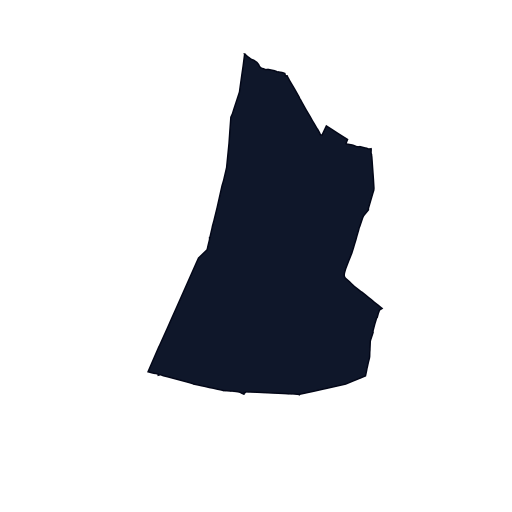 the district of Buftea, Ilfov, Romania, rotated 320°
{"feature_id": "2599482B99288880731424", "entity_name": "Buftea", "entity_type": "district", "adm_level": 2, "iso_a3": "ROU", "parent_name": "Romania", "parent_adm1": "Ilfov", "projection": "robinson", "projection_center": [25.955, 44.56], "detail": "fine", "context": "isolated", "style": "filled", "palette": "ink", "viewbox_px": 512, "rotation_deg": 320, "n_neighbors": 0, "source": "geoboundaries", "source_scale": "gbopen_adm2", "svg_char_len": 4092}
<svg xmlns="http://www.w3.org/2000/svg" viewBox="0 0 512 512"><g transform="rotate(320 256 256)"><path d="M200.0,390.2L200.5,389.9L201.0,390.2L202.0,390.7L204.4,392.0L205.9,392.8L206.7,393.2L211.0,395.5L214.8,397.5L223.0,401.7L223.1,401.8L242.3,411.7L250.9,414.4L252.4,414.9L262.8,418.2L265.1,416.4L266.9,415.0L268.8,413.4L269.5,412.9L269.8,412.7L271.6,411.3L274.2,409.3L275.2,408.6L277.4,407.0L278.6,405.9L280.0,404.3L281.4,402.7L283.0,401.1L283.4,400.6L288.8,394.7L290.7,393.4L290.8,393.4L296.6,389.8L297.3,388.7L302.8,384.8L303.2,384.5L306.9,382.1L308.3,381.1L309.3,381.0L313.2,378.3L314.0,377.9L315.5,377.0L315.8,376.8L317.4,377.0L318.6,377.2L318.9,377.2L318.6,376.0L318.1,373.1L316.8,367.1L316.5,365.0L316.3,363.9L316.3,363.7L315.5,360.1L315.2,358.4L314.0,352.1L313.4,350.4L313.2,349.2L312.1,344.1L311.7,342.3L311.2,337.9L311.1,336.2L310.2,330.3L310.4,329.1L310.7,328.1L311.6,327.0L312.8,325.9L314.4,324.8L316.5,323.4L323.7,319.4L325.4,318.5L325.8,318.3L327.1,317.6L331.2,315.4L334.0,313.6L335.9,312.4L338.1,310.9L340.1,309.6L342.9,307.8L346.6,305.2L347.1,304.9L347.7,304.5L348.4,304.0L350.7,302.5L352.9,300.9L353.5,300.5L354.7,299.9L362.4,295.2L364.4,294.3L371.8,292.9L372.8,291.7L381.5,285.9L386.3,282.7L388.5,281.3L389.9,279.9L395.4,272.5L408.5,254.4L408.8,253.8L409.7,252.6L410.0,251.7L410.7,250.6L412.1,249.1L412.8,248.3L413.1,247.8L412.7,247.6L412.1,247.2L411.5,246.7L410.7,246.1L410.2,244.8L409.6,244.0L408.9,243.2L408.5,242.6L407.0,240.5L406.0,239.1L405.6,238.8L404.5,238.1L403.2,236.7L402.7,235.6L402.0,234.3L401.8,233.9L401.7,233.8L401.4,233.3L400.9,232.6L398.8,230.1L398.3,229.5L397.2,228.4L397.3,227.6L401.0,225.6L397.5,214.6L395.7,208.6L393.5,201.6L384.2,205.9L383.5,204.9L383.3,204.5L384.0,201.9L384.7,198.3L384.6,197.8L385.6,192.2L386.1,188.8L387.0,184.3L388.1,177.6L388.2,176.8L389.9,167.9L390.6,164.6L390.6,163.5L390.8,162.9L391.1,162.4L392.9,152.8L394.5,143.0L395.1,140.4L395.2,139.4L395.7,138.2L395.6,137.8L394.8,137.4L394.3,136.9L395.4,134.7L394.5,133.1L393.9,132.2L393.6,131.8L392.5,130.6L391.6,129.5L391.3,129.1L390.4,128.7L390.3,127.8L390.1,127.4L389.1,125.7L388.2,124.6L385.2,120.8L385.1,120.7L384.7,120.5L384.1,120.1L382.9,119.1L382.5,118.3L382.3,117.6L381.4,116.5L380.8,115.4L380.6,114.4L380.5,113.1L380.9,111.4L381.0,111.3L381.1,109.9L381.1,108.5L381.1,108.1L380.9,107.5L380.1,104.5L378.9,102.5L378.8,102.2L378.7,101.8L378.4,100.7L378.2,99.6L377.9,98.6L377.6,97.1L377.5,96.6L377.4,96.2L377.4,95.8L377.4,94.3L377.3,94.2L377.0,93.8L376.8,94.2L376.8,94.3L376.6,94.5L375.5,95.5L372.9,97.9L369.0,101.5L367.8,102.6L362.3,107.5L356.1,113.1L355.1,114.0L354.1,114.9L348.7,119.8L333.1,129.5L329.4,131.9L326.0,133.5L315.9,143.9L307.8,152.3L290.3,169.4L279.9,177.2L278.1,178.4L275.2,180.3L257.4,193.9L247.7,201.0L246.4,202.0L246.2,202.1L242.0,205.0L239.5,207.0L238.4,207.8L232.6,212.2L232.3,212.0L231.3,213.2L230.5,213.9L228.3,215.5L224.9,218.0L224.2,218.6L222.5,219.8L221.3,219.9L210.9,220.6L210.7,220.6L205.5,223.1L204.1,223.8L179.4,235.9L170.0,240.5L160.6,245.1L151.1,249.7L141.8,254.3L128.5,260.7L124.6,262.6L123.8,262.9L123.5,263.0L119.3,265.1L117.7,265.9L98.9,275.3L101.4,278.9L102.8,280.7L103.9,281.8L104.5,282.7L104.8,283.2L105.2,283.7L104.5,284.5L106.6,285.5L108.0,288.1L110.5,291.5L121.8,307.6L122.0,307.9L123.6,310.2L125.3,312.8L125.7,313.5L125.8,313.7L125.8,313.9L125.9,314.0L126.0,314.2L126.2,314.4L127.8,316.4L129.3,318.3L130.8,320.3L132.9,322.9L134.8,325.5L135.9,327.0L138.2,329.7L140.7,333.1L142.8,335.7L144.0,337.3L144.4,338.0L144.5,338.2L147.1,340.5L149.3,342.7L149.7,343.2L149.9,343.3L150.3,343.6L150.6,343.9L151.0,344.3L151.5,344.6L151.9,345.1L152.0,345.4L152.6,345.9L154.1,347.5L154.3,347.8L154.8,348.2L155.7,349.5L156.2,350.1L156.8,351.8L157.1,352.4L157.5,353.2L157.7,353.8L158.1,354.1L159.1,353.1L159.3,353.6L159.5,353.7L160.4,353.6L161.0,353.7L164.3,356.6L170.6,362.3L173.9,365.4L177.3,368.5L180.6,371.6L184.9,375.5L189.0,379.3L190.5,380.7L192.2,382.4L193.2,383.2L194.6,384.5L195.6,385.3L196.0,385.7L196.4,386.1L197.4,387.1L199.0,388.7L199.8,389.5L199.9,389.8L199.9,390.1L200.0,390.2Z" fill="#0f172a" stroke="#020617" stroke-width="1.5"/></g></svg>